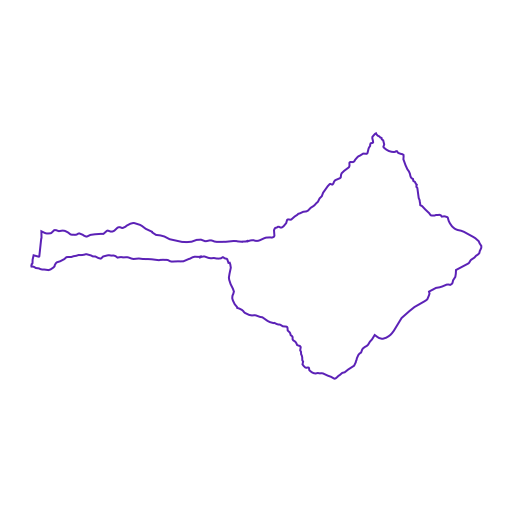 Cumanda, Chimborazo, Ecuador
{"feature_id": "8360857B2358017472723", "entity_name": "Cumanda", "entity_type": "district", "adm_level": 2, "iso_a3": "ECU", "parent_name": "Ecuador", "parent_adm1": "Chimborazo", "projection": "orthographic", "projection_center": [-79.101, -2.211], "detail": "fine", "context": "isolated", "style": "outline", "palette": "violet", "viewbox_px": 512, "rotation_deg": 0, "n_neighbors": 0, "source": "geoboundaries", "source_scale": "gbopen_adm2", "svg_char_len": 6055}
<svg xmlns="http://www.w3.org/2000/svg" viewBox="0 0 512 512"><path d="M376.0,133.3L375.0,133.9L373.2,135.9L372.4,136.9L372.3,138.2L373.0,141.1L373.1,142.4L372.6,142.9L371.2,143.1L370.6,143.4L370.2,144.5L370.1,146.0L369.1,147.4L368.6,148.5L367.5,153.0L367.1,153.5L366.6,153.8L363.2,153.6L359.8,155.7L358.4,156.3L357.3,157.3L355.2,159.7L354.3,161.3L353.7,161.7L352.9,162.1L350.3,162.0L349.7,162.4L349.4,162.9L349.5,165.6L349.1,167.0L348.5,167.6L344.2,170.8L341.7,173.2L341.1,174.6L340.7,177.5L339.9,178.2L335.7,180.0L334.9,180.5L334.0,181.8L333.3,183.6L332.5,184.5L331.9,184.5L330.2,183.9L329.7,184.1L327.8,186.1L323.1,192.7L321.8,196.2L319.6,198.4L317.9,201.8L316.1,203.4L315.0,204.7L313.7,205.9L310.7,207.8L308.0,210.6L306.4,211.4L303.2,211.8L299.8,213.4L298.3,213.8L297.3,214.8L294.7,216.5L291.4,219.4L290.8,219.7L288.0,219.4L287.6,219.6L287.2,219.8L286.8,220.9L286.2,223.1L283.6,226.2L282.3,227.2L281.6,227.5L280.4,227.5L279.0,226.8L277.9,226.8L276.7,227.6L275.3,227.9L274.6,228.8L274.0,230.2L274.4,235.7L274.1,236.4L273.6,237.0L271.9,237.6L270.1,237.4L266.1,237.6L264.3,238.2L259.7,240.3L258.1,240.8L256.9,240.9L255.3,240.8L253.4,240.2L251.6,240.3L250.2,240.5L247.5,241.4L247.4,240.9L245.6,241.5L242.4,241.6L242.3,241.8L237.7,241.4L236.5,241.1L233.6,241.0L225.7,241.8L216.9,241.9L214.4,241.5L212.7,240.8L211.2,240.4L209.7,240.4L206.6,241.1L205.1,241.2L201.1,239.7L200.1,239.7L196.6,239.9L191.6,241.7L186.9,242.1L181.9,241.9L169.6,239.2L164.4,236.5L160.3,235.4L156.0,234.9L152.2,232.4L152.1,231.8L145.7,228.8L142.0,226.0L140.1,224.9L134.4,223.1L133.2,223.0L130.4,223.7L126.6,225.7L125.5,226.7L122.9,227.9L122.1,228.0L120.0,227.2L119.1,227.2L118.1,227.4L117.4,227.8L114.3,230.7L112.6,231.5L110.8,231.6L108.1,230.7L107.5,230.6L106.8,230.9L103.4,233.9L100.2,233.9L94.7,234.3L90.4,234.9L87.3,236.4L86.5,236.6L85.4,236.3L83.7,235.5L82.8,234.8L79.3,233.4L78.3,233.6L76.6,234.6L75.3,234.8L71.7,234.7L70.5,234.4L68.1,232.5L66.4,231.6L64.9,230.9L63.7,230.7L62.4,230.6L59.3,231.1L58.6,231.1L55.9,230.1L54.3,230.1L51.4,232.9L50.8,233.2L49.3,233.4L47.5,233.5L46.2,233.4L44.7,232.9L41.4,231.3L41.5,237.9L41.2,238.8L39.3,256.3L39.1,256.6L38.7,256.7L33.6,255.3L32.6,259.7L32.5,263.1L32.1,263.9L31.7,264.1L31.2,266.4L30.7,266.6L33.0,266.6L34.2,267.0L35.8,268.0L38.9,268.4L40.4,269.1L42.1,269.5L44.0,269.5L48.6,270.1L50.6,269.4L53.4,267.5L54.5,266.4L54.7,265.3L55.8,263.3L56.9,262.3L60.1,261.3L64.3,259.1L66.4,257.2L67.9,257.0L71.3,257.0L73.6,256.2L76.2,255.8L78.7,255.0L80.5,255.1L82.3,255.0L84.6,254.6L85.4,254.3L86.5,254.2L90.9,255.4L92.8,256.4L95.4,256.5L98.3,258.0L100.5,258.6L101.2,258.4L103.1,256.5L107.4,255.4L108.9,255.2L111.5,255.6L113.6,255.5L115.5,256.1L117.5,257.6L120.3,257.1L121.7,257.1L123.0,257.4L127.1,257.2L128.6,257.5L131.6,258.6L133.5,259.0L138.8,258.5L142.8,259.0L148.7,259.1L151.8,259.3L158.9,260.2L160.5,259.9L162.9,259.8L166.8,259.9L168.0,260.1L170.0,261.2L171.7,261.6L178.4,261.3L180.4,261.4L183.4,261.3L189.0,258.9L189.7,258.8L192.5,257.3L194.8,256.7L198.6,256.9L199.6,256.8L200.5,256.5L200.4,257.3L201.4,256.9L204.0,256.4L205.2,256.7L208.5,257.9L211.0,258.3L213.9,258.0L216.5,258.5L218.6,258.6L219.6,258.5L219.4,259.1L219.7,258.5L221.0,258.3L222.7,257.2L223.0,257.2L224.9,258.4L226.7,258.8L227.2,259.2L228.5,262.9L229.7,262.7L230.3,264.5L230.8,267.7L229.5,273.8L228.9,277.6L229.2,279.8L230.6,284.1L232.9,288.7L233.9,291.5L233.3,293.8L232.5,295.6L232.3,297.2L232.3,298.5L232.9,300.5L234.7,304.2L237.1,307.1L237.2,307.9L239.4,308.6L241.9,309.9L243.3,311.1L243.9,312.0L244.9,312.9L249.1,314.9L251.6,315.4L252.7,315.4L254.5,315.2L255.9,315.4L260.0,316.9L262.4,317.3L267.5,320.9L269.9,322.1L273.5,323.1L274.4,322.9L276.6,324.0L278.3,324.5L279.4,324.5L280.4,324.8L282.8,326.3L286.3,326.6L287.1,327.0L287.5,327.9L287.7,330.5L289.7,332.4L290.2,333.3L290.7,335.2L291.9,336.0L292.6,337.1L292.6,339.3L293.2,340.3L295.3,341.7L296.4,343.3L297.1,345.0L298.5,345.6L299.8,345.9L300.7,347.1L300.2,350.3L301.0,351.8L301.1,354.2L301.8,355.6L302.2,357.3L302.3,360.2L303.1,361.6L302.5,364.4L304.1,366.5L304.2,367.1L304.2,366.9L304.6,367.0L305.4,367.5L306.3,367.8L307.9,367.5L308.6,367.6L309.0,368.1L309.3,370.1L309.6,370.5L311.7,372.2L313.5,373.1L315.5,373.5L317.8,373.0L320.0,373.4L321.1,373.2L322.9,373.4L327.9,375.7L331.0,376.8L333.8,378.4L334.5,378.7L335.3,378.5L335.9,378.2L337.2,377.1L338.4,375.9L339.8,375.0L342.1,373.0L342.6,372.8L344.7,372.3L348.2,369.5L354.1,365.7L355.8,362.2L355.9,361.3L356.5,360.0L356.9,358.2L358.4,354.9L359.5,353.6L361.1,352.5L362.2,349.5L363.0,348.4L364.8,347.0L366.8,345.9L368.1,344.7L369.9,341.7L372.0,339.4L374.7,335.0L377.3,336.9L379.0,338.0L382.0,338.8L383.1,338.7L386.2,337.7L388.7,336.2L390.4,334.9L391.9,333.3L393.8,330.8L401.6,318.0L409.4,311.1L414.5,307.0L424.5,301.3L426.5,300.0L427.4,299.1L428.9,295.5L429.5,293.6L429.0,291.6L436.0,287.9L439.6,287.3L442.2,286.5L446.7,284.6L448.5,284.5L450.2,284.9L451.7,284.0L452.5,282.9L453.1,280.3L455.3,276.9L455.8,273.9L456.0,270.0L468.1,263.6L469.1,262.8L470.4,260.6L471.1,259.8L474.4,257.6L476.1,255.7L477.7,254.7L478.9,253.6L479.3,253.1L479.8,251.0L481.1,248.3L481.3,247.5L481.3,245.9L479.7,243.5L478.7,241.2L475.3,238.2L473.2,236.9L463.9,231.8L461.0,230.7L457.7,230.0L456.1,229.4L454.6,228.6L452.7,227.0L451.9,226.2L449.9,223.3L448.7,220.9L447.8,217.7L447.4,217.2L445.3,216.5L444.3,216.3L441.8,216.6L440.8,215.3L439.5,214.8L437.9,215.0L436.0,215.0L434.6,215.5L431.7,215.5L430.8,215.3L430.0,214.4L429.3,213.3L425.2,209.4L422.1,206.1L420.3,205.2L420.1,203.9L420.1,203.0L419.8,202.0L419.6,200.2L418.7,198.0L417.4,188.4L417.2,187.7L416.4,186.9L416.4,185.7L416.8,184.8L415.8,183.7L415.0,182.0L413.3,180.9L413.0,179.0L411.7,178.3L410.9,177.3L410.4,176.0L409.9,173.7L408.9,171.4L407.4,169.3L405.6,165.4L403.4,159.3L403.6,156.4L403.5,154.9L402.4,154.2L400.6,153.8L398.4,153.0L397.7,152.4L397.1,151.3L396.7,151.2L396.1,151.2L395.0,151.9L393.7,152.0L391.6,151.8L388.8,151.0L386.3,149.6L384.3,148.0L383.7,147.4L383.4,146.8L384.2,144.4L383.2,140.4L381.8,139.3L381.5,137.9L380.3,137.5L379.3,136.4L377.9,135.8L376.5,134.4L376.0,133.3Z" fill="none" stroke="#5b21b6" stroke-width="2"/></svg>